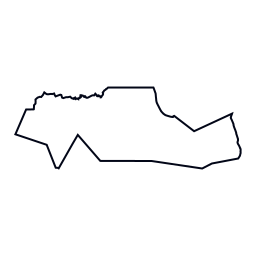 outline of San Jose, Copán, Honduras
{"feature_id": "27666195B88846849027409", "entity_name": "San Jose", "entity_type": "district", "adm_level": 2, "iso_a3": "HND", "parent_name": "Honduras", "parent_adm1": "Copán", "projection": "robinson", "projection_center": [-88.677, 14.914], "detail": "fine", "context": "isolated", "style": "outline", "palette": "ink", "viewbox_px": 256, "rotation_deg": 0, "n_neighbors": 0, "source": "geoboundaries", "source_scale": "gbopen_adm2", "svg_char_len": 4108}
<svg xmlns="http://www.w3.org/2000/svg" viewBox="0 0 256 256"><path d="M238.2,158.5L238.3,158.3L238.5,158.0L239.0,157.3L239.4,156.6L239.5,156.4L239.7,156.2L239.8,155.9L239.9,155.7L240.1,155.1L240.2,154.6L240.4,153.8L240.5,153.5L240.5,153.3L240.6,153.1L240.6,152.8L240.6,152.7L240.6,152.4L240.6,152.2L240.6,151.9L240.5,151.7L240.5,151.4L240.6,151.1L240.6,150.8L240.6,150.5L240.6,150.2L240.6,149.9L240.6,149.7L240.6,149.4L240.6,149.2L240.5,148.9L240.4,148.7L240.3,148.4L240.2,148.4L240.1,148.2L239.9,147.8L239.9,147.6L239.8,147.3L239.7,147.1L239.5,146.6L239.3,146.2L239.1,145.8L239.0,145.6L238.9,145.4L238.8,145.2L238.7,145.0L238.5,144.8L238.4,144.6L238.2,144.3L238.1,144.1L238.0,143.9L237.9,143.7L237.8,143.4L237.7,143.2L237.6,142.9L237.6,142.7L237.5,142.4L237.5,142.2L237.6,141.9L237.6,141.7L237.7,141.4L237.8,141.2L237.9,140.9L237.9,140.7L238.0,140.4L238.0,140.2L238.0,139.9L238.0,139.7L238.0,139.3L238.0,139.1L237.9,139.0L237.9,138.9L237.9,138.7L237.8,138.4L237.7,138.2L237.6,137.8L237.3,137.0L237.2,136.5L237.0,136.0L236.7,135.0L236.5,134.6L236.5,134.4L236.4,134.2L236.3,133.8L236.3,133.7L236.2,133.4L236.2,133.2L236.2,132.9L236.1,132.6L236.1,132.4L236.0,132.1L235.8,131.7L235.7,131.3L235.5,130.8L235.4,130.4L235.2,129.9L234.9,129.2L234.7,128.6L234.4,127.9L234.3,127.6L234.2,127.3L234.0,126.8L233.9,126.3L233.7,125.9L233.6,125.4L233.6,125.2L233.5,124.9L233.5,124.7L233.5,124.4L233.5,124.2L233.4,124.0L233.4,123.9L233.3,123.6L233.2,123.3L233.0,123.0L232.8,122.4L232.5,121.7L231.6,119.6L231.4,119.3L231.1,118.6L231.0,118.4L230.9,118.2L230.9,117.9L230.8,117.7L230.8,117.4L230.9,117.2L230.9,116.9L231.0,116.8L231.0,116.7L231.2,116.1L231.4,115.6L231.5,115.2L231.8,114.3L232.0,114.0L232.1,113.6L194.1,131.2L174.2,115.9L174.0,116.0L173.9,116.0L173.7,116.1L173.4,116.2L173.3,116.3L173.2,116.4L173.2,116.5L173.2,116.8L173.0,117.0L172.9,117.0L172.7,117.0L171.9,116.9L171.5,116.9L171.1,116.8L170.6,116.7L170.2,116.6L168.5,116.1L167.5,115.8L166.5,115.5L166.3,115.4L166.1,115.4L165.9,115.3L165.7,115.2L165.3,115.0L165.2,115.0L165.0,114.8L164.8,114.7L164.7,114.6L164.4,114.4L164.2,114.3L164.1,114.2L163.8,114.0L163.6,113.9L163.5,113.7L163.3,113.6L163.2,113.4L162.9,113.2L162.7,113.0L162.2,112.4L161.9,112.1L161.6,111.8L161.3,111.4L161.2,111.3L161.2,111.2L160.9,110.8L160.9,110.7L160.4,109.9L160.1,109.3L159.4,108.0L158.8,106.8L158.2,105.6L157.6,104.5L157.4,104.0L157.1,103.5L157.1,103.3L157.0,103.2L156.9,103.0L156.9,102.9L156.8,102.7L156.7,102.4L156.6,102.1L156.5,101.8L156.5,101.5L156.4,101.2L156.3,100.8L156.3,100.6L156.3,100.4L156.2,100.1L156.2,99.9L156.2,99.7L156.1,98.5L155.9,96.8L155.8,95.6L155.7,94.3L155.6,93.9L155.6,93.6L155.6,93.4L155.2,92.4L154.9,91.5L154.5,90.4L154.1,89.2L153.9,88.8L153.8,88.4L153.4,87.5L108.1,87.5L106.7,88.8L106.1,89.0L105.6,89.7L104.9,90.1L104.4,90.4L103.9,91.0L103.5,91.8L103.0,92.1L102.7,92.6L103.0,93.4L103.1,93.9L102.9,94.7L102.1,95.7L101.7,96.2L101.4,96.9L100.9,97.4L100.6,97.4L100.5,96.8L100.4,96.6L100.0,96.1L99.6,96.1L99.0,96.2L98.9,96.0L98.7,95.4L98.3,95.3L98.0,95.6L97.6,96.2L97.3,96.2L97.0,95.9L96.9,95.9L96.6,95.5L96.3,94.7L95.3,93.7L94.9,94.3L94.3,95.3L93.4,95.3L92.7,95.3L92.0,95.5L91.2,95.9L90.4,96.3L89.7,96.7L88.7,97.2L87.7,97.7L86.8,97.8L86.1,97.6L85.9,97.3L85.5,96.6L84.9,96.1L84.5,96.2L84.5,96.6L84.3,96.9L83.8,96.7L83.3,96.2L82.9,95.6L82.4,95.5L82.0,95.4L81.2,95.2L80.5,95.2L80.4,95.8L80.7,96.4L81.0,96.9L80.8,97.2L80.3,97.3L79.7,97.4L79.4,97.7L79.3,97.9L79.4,98.2L79.0,98.3L78.5,98.3L78.2,98.4L78.2,99.1L77.6,98.8L76.7,98.4L76.3,98.6L76.0,98.9L75.7,99.2L75.4,99.2L75.2,99.1L75.1,98.7L75.1,98.2L75.0,97.6L74.6,97.8L74.4,97.9L74.1,98.1L73.9,98.1L73.6,98.2L73.5,98.5L73.3,98.8L72.7,98.5L71.7,98.2L70.2,96.7L67.9,97.2L66.0,97.2L63.3,98.1L62.1,97.6L61.3,95.0L60.2,94.7L55.6,96.4L54.8,95.2L54.1,93.5L52.2,94.1L51.0,93.9L48.0,94.3L46.5,94.1L44.3,92.4L43.0,94.9L41.2,97.0L39.8,96.8L37.6,97.6L35.5,99.5L35.6,101.5L35.5,103.6L34.0,105.2L34.0,106.6L33.8,109.3L33.6,109.4L26.1,109.5L15.4,134.3L46.7,144.8L55.7,167.7L58.1,167.9L58.7,168.3L72.7,143.6L77.8,134.9L100.3,160.9L151.6,161.0L202.2,168.5L211.9,163.5L238.2,158.5Z" fill="none" stroke="#020617" stroke-width="2"/></svg>